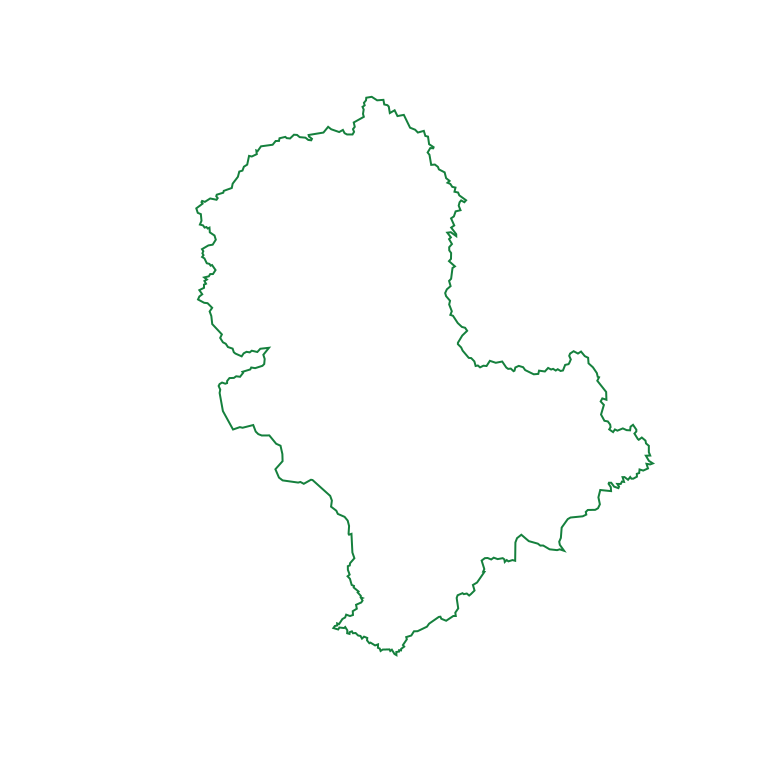 Flavio Alfaro, Manabi, Ecuador, rotated 310°
{"feature_id": "8360857B52288748558736", "entity_name": "Flavio Alfaro", "entity_type": "district", "adm_level": 2, "iso_a3": "ECU", "parent_name": "Ecuador", "parent_adm1": "Manabi", "projection": "natural_earth1", "projection_center": [-79.814, -0.325], "detail": "fine", "context": "isolated", "style": "outline", "palette": "green", "viewbox_px": 768, "rotation_deg": 310, "n_neighbors": 0, "source": "geoboundaries", "source_scale": "gbopen_adm2", "svg_char_len": 6166}
<svg xmlns="http://www.w3.org/2000/svg" viewBox="0 0 768 768"><g transform="rotate(310 384 384)"><path d="M514.9,564.5L520.7,559.3L523.6,545.3L527.4,544.4L526.9,543.1L529.2,540.0L531.1,533.3L531.3,527.4L535.3,523.5L534.4,519.9L535.5,514.1L532.0,513.0L531.0,508.2L526.9,507.0L524.6,507.8L522.9,511.3L519.3,512.4L517.8,512.6L515.1,510.5L509.4,512.4L507.5,510.9L507.0,507.6L504.7,506.9L504.3,503.8L502.5,502.7L501.8,499.4L497.0,499.2L493.9,494.2L490.9,495.7L487.7,492.5L485.4,483.2L486.3,479.8L484.5,475.6L481.1,474.0L478.1,475.4L477.1,475.0L477.3,471.2L475.4,469.4L475.2,467.1L477.2,460.1L472.1,456.0L469.8,450.2L463.7,451.0L461.9,448.4L458.5,446.9L458.5,444.0L456.7,442.6L459.4,438.7L459.9,434.2L458.5,432.1L460.1,422.8L461.6,419.6L462.0,415.0L463.1,414.1L471.4,412.8L478.2,413.5L479.2,410.0L477.8,407.0L478.1,401.3L480.6,393.0L479.6,390.4L483.3,389.2L486.8,382.8L490.2,381.1L491.2,375.1L493.0,372.4L496.9,371.3L501.8,372.1L504.8,367.6L507.7,367.8L516.9,361.9L519.7,362.7L519.9,354.8L522.9,354.9L527.5,351.2L528.3,348.1L530.7,346.0L534.9,346.1L536.8,340.7L539.3,341.0L540.6,335.2L543.2,337.6L543.7,344.3L545.2,343.0L547.0,334.9L550.6,335.9L554.0,328.9L557.3,329.8L562.3,327.9L566.3,330.9L568.6,326.6L571.8,325.1L574.2,325.1L574.9,328.7L577.5,328.8L576.9,320.4L578.3,317.7L576.6,314.4L580.4,312.5L578.9,309.6L579.9,306.2L579.0,303.3L581.7,303.7L581.6,299.3L585.1,294.4L583.7,288.1L585.0,285.7L584.8,281.9L582.2,279.3L588.8,271.5L589.4,268.6L594.5,267.8L596.2,270.2L597.3,269.8L596.7,264.4L601.8,258.7L600.6,256.2L603.5,251.8L598.4,248.3L598.8,244.4L597.1,239.2L602.9,226.2L597.9,222.1L600.5,216.2L595.3,214.3L599.6,209.3L599.8,207.4L598.3,204.5L601.3,200.9L596.9,196.4L596.1,190.0L591.9,186.4L589.7,187.9L586.5,187.9L585.0,190.1L582.5,189.4L581.2,192.0L577.4,194.3L575.7,196.8L564.9,192.7L562.2,196.3L559.3,196.4L557.9,199.0L554.9,199.5L551.4,195.3L550.8,192.6L552.2,189.2L548.2,187.7L545.2,179.8L545.1,175.9L537.7,176.0L526.3,166.2L525.4,167.4L525.5,171.2L523.9,171.6L522.3,169.1L522.2,165.5L518.9,160.7L518.9,157.3L517.1,154.8L511.7,154.2L509.8,151.4L509.9,149.6L505.1,146.0L502.7,147.3L500.5,144.8L495.7,144.9L487.0,137.0L481.2,137.5L480.8,136.1L478.3,138.8L473.3,136.5L472.0,134.0L464.1,138.2L460.4,137.0L456.5,138.4L453.7,136.6L448.8,138.9L440.2,139.3L436.3,141.4L429.0,137.1L427.2,137.9L421.5,134.2L420.0,134.8L419.5,137.1L417.5,137.3L414.4,131.6L408.4,129.7L407.3,127.0L406.0,127.3L405.5,129.1L397.9,127.3L395.4,131.3L396.4,134.5L391.7,139.3L387.8,140.5L389.2,143.4L388.5,146.0L390.1,147.1L389.8,149.0L391.6,149.8L388.2,153.1L388.8,158.7L386.4,162.4L380.6,163.2L377.3,160.4L370.3,157.9L369.6,160.2L367.4,160.9L366.7,162.9L364.4,163.0L364.8,165.7L362.6,170.6L363.8,173.1L363.2,175.1L364.6,175.8L363.0,181.7L358.3,182.3L356.5,180.2L353.9,180.6L350.1,177.8L350.2,181.2L347.5,180.2L346.4,183.2L344.4,182.2L342.0,184.3L337.2,182.2L335.9,187.1L332.3,186.3L329.2,187.2L330.6,194.0L332.5,196.9L331.9,203.4L327.5,203.8L325.1,208.0L319.5,213.9L317.8,227.9L314.0,228.9L312.4,233.8L313.1,236.9L312.0,240.7L313.8,245.3L311.8,248.5L311.8,250.6L313.7,257.2L317.3,256.8L320.3,258.0L321.9,260.8L324.5,261.3L327.1,266.4L331.5,266.6L337.8,272.6L328.8,272.8L326.5,276.5L322.3,279.4L319.8,279.2L313.3,275.1L311.3,271.7L309.2,272.2L302.3,267.7L302.0,268.9L297.0,269.1L294.9,265.8L292.2,265.1L289.2,261.8L285.5,261.9L283.8,263.2L282.2,262.2L281.0,259.0L278.3,258.1L276.2,258.6L274.4,262.2L271.5,263.8L259.7,278.0L252.1,297.6L258.3,301.3L259.6,303.8L268.5,310.2L265.1,316.3L264.8,319.9L266.0,323.5L270.9,329.2L268.9,339.8L270.2,344.4L265.0,351.2L259.7,355.9L248.9,355.6L244.8,363.7L245.0,368.3L253.3,381.6L255.2,382.9L256.0,386.7L263.7,389.6L264.5,391.0L263.7,414.7L261.2,419.0L256.0,422.3L256.3,428.9L254.8,432.1L256.9,439.2L256.0,444.0L252.8,448.5L246.4,453.2L246.1,454.1L248.3,455.4L234.6,468.1L231.5,473.3L224.9,473.2L223.0,474.4L221.2,473.4L218.4,475.8L215.9,480.2L213.3,479.7L212.9,483.1L209.3,488.4L210.0,490.8L208.6,491.6L208.7,497.9L207.4,497.8L206.8,502.4L205.6,503.2L206.2,505.1L205.1,504.6L204.3,506.8L202.0,507.0L196.9,504.5L194.4,507.6L189.9,506.1L187.1,508.7L184.4,507.1L183.0,503.3L180.2,504.3L177.2,503.2L171.2,503.9L170.5,502.0L169.0,503.4L167.0,501.9L164.5,502.1L166.5,506.7L168.8,506.4L171.4,510.3L172.9,510.5L171.7,514.3L169.4,516.0L170.4,518.2L171.8,517.2L173.9,518.4L173.1,520.4L175.0,522.3L174.7,525.9L175.9,527.9L174.8,530.8L177.6,531.1L178.7,534.4L176.7,535.8L176.0,539.4L177.2,539.9L178.0,545.2L180.7,546.8L178.0,548.9L178.6,550.8L177.3,553.0L179.7,553.7L184.2,558.8L183.5,560.4L185.5,560.8L183.9,565.6L184.3,567.8L186.6,565.7L188.7,567.5L189.8,566.7L190.9,568.3L192.2,567.4L195.8,568.3L196.2,566.3L203.1,565.6L204.4,563.7L208.9,566.6L213.8,565.9L216.2,568.6L225.7,572.9L229.4,572.6L240.8,575.7L242.0,576.8L241.0,578.8L242.6,583.8L250.8,586.2L252.4,588.1L254.7,585.6L259.8,585.1L266.8,577.2L269.5,576.2L274.2,578.6L274.3,580.2L276.7,582.1L276.7,585.2L278.8,585.6L284.0,586.1L287.2,581.3L291.7,582.9L304.6,581.7L303.9,580.6L306.7,579.8L311.5,572.3L315.4,573.2L317.3,575.2L318.5,578.9L321.5,579.7L322.9,583.6L326.9,586.9L327.0,588.9L325.3,590.9L328.0,591.2L328.1,593.3L331.7,595.6L332.9,598.1L347.1,586.5L351.4,585.0L356.8,586.1L356.7,595.9L360.6,604.5L360.7,607.6L362.6,609.8L363.8,617.1L368.0,623.4L370.3,624.9L372.0,629.2L373.8,622.1L375.8,619.6L379.8,618.4L388.2,612.4L398.6,611.6L401.6,612.7L410.4,621.3L414.0,622.9L415.7,620.8L418.5,621.1L423.4,626.7L426.4,627.8L430.6,626.7L435.0,621.1L441.8,617.8L447.9,626.8L450.8,624.0L451.9,620.2L453.0,619.8L454.4,621.5L453.3,626.3L454.9,630.5L456.5,630.0L457.4,626.9L459.6,629.6L462.2,629.0L463.3,630.8L466.0,626.6L467.3,628.1L467.5,632.5L471.0,632.4L470.5,634.4L471.7,635.8L475.6,637.3L477.7,635.4L479.8,636.7L482.8,634.7L484.3,638.2L489.0,640.5L491.6,636.4L493.5,639.6L496.0,641.0L495.4,636.3L497.4,630.7L500.3,633.9L502.0,630.7L506.9,626.6L506.9,622.9L508.7,620.7L508.7,615.9L505.0,615.0L505.0,613.8L507.0,607.7L509.8,607.8L511.2,606.7L512.8,601.0L509.8,600.3L506.7,602.3L504.6,599.5L503.5,595.5L498.3,592.8L497.6,590.1L494.4,590.4L494.0,585.7L496.6,585.3L498.3,583.3L499.2,579.5L497.5,576.5L500.1,569.9L509.3,565.9L509.9,561.2L513.3,560.5L514.9,564.5Z" fill="none" stroke="#15803d" stroke-width="2"/></g></svg>